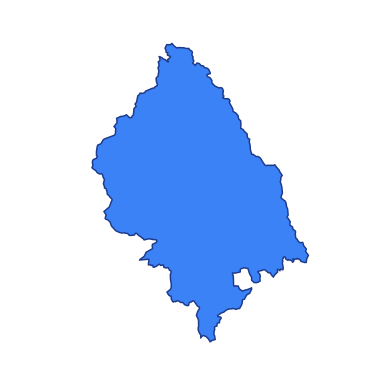 Hoai An, Bình Định, Vietnam (Mercator projection), rotated 161°
{"feature_id": "81297802B64656263356693", "entity_name": "Hoai An", "entity_type": "district", "adm_level": 2, "iso_a3": "VNM", "parent_name": "Vietnam", "parent_adm1": "Bình Định", "projection": "mercator", "projection_center": [108.89, 14.347], "detail": "fine", "context": "isolated", "style": "filled", "palette": "blue", "viewbox_px": 384, "rotation_deg": 161, "n_neighbors": 0, "source": "geoboundaries", "source_scale": "gbopen_adm2", "svg_char_len": 5998}
<svg xmlns="http://www.w3.org/2000/svg" viewBox="0 0 384 384"><g transform="rotate(161 192 192)"><path d="M101.3,178.4L102.3,181.8L102.5,184.3L104.2,188.5L104.8,190.7L108.0,191.0L108.4,191.6L109.5,191.6L110.7,192.4L112.9,192.7L114.3,193.6L115.5,197.9L116.1,201.2L116.9,202.8L118.1,204.1L120.0,204.7L121.7,207.5L123.2,208.1L123.1,212.7L121.9,217.0L121.6,220.4L121.3,221.4L120.3,223.1L121.4,224.2L121.7,225.2L121.7,226.6L121.0,228.7L121.3,229.7L122.4,231.5L123.5,234.6L125.2,236.4L123.3,241.2L123.2,242.4L122.8,243.4L124.1,245.8L123.6,249.4L124.8,252.3L126.9,254.8L126.4,257.5L127.6,264.6L127.4,265.0L126.5,265.5L126.5,267.0L127.4,268.4L130.1,269.3L131.6,270.4L132.1,271.1L130.7,272.2L130.7,273.1L131.3,274.4L130.0,276.0L129.4,277.6L129.5,280.1L130.6,281.2L132.9,281.8L135.8,284.7L137.7,288.7L136.9,290.9L137.5,293.5L138.1,294.6L139.5,295.7L140.0,297.0L140.0,297.7L139.1,298.1L136.2,298.0L136.0,298.9L136.3,302.5L137.4,304.1L139.9,305.8L140.1,307.2L140.5,307.7L142.2,308.5L143.2,310.8L143.8,311.5L145.4,312.3L147.6,310.7L149.3,313.4L149.1,314.0L147.8,315.0L147.6,315.6L147.9,318.3L147.0,319.2L147.5,321.7L146.3,323.6L146.2,324.6L146.3,325.2L148.1,327.4L148.2,328.7L150.7,329.6L153.1,331.2L154.4,331.5L155.3,332.1L157.0,332.6L157.8,333.0L159.5,333.1L161.2,335.6L162.6,338.9L163.1,339.0L164.3,338.2L167.9,339.5L170.4,337.1L170.7,336.4L170.5,334.7L170.9,332.5L170.6,332.0L169.6,331.5L170.5,329.8L170.5,329.1L168.6,327.6L168.3,326.9L169.1,326.2L171.8,325.2L172.3,324.4L171.9,323.3L172.0,322.9L172.6,323.1L174.2,325.8L176.1,327.4L176.6,328.6L178.4,330.4L178.9,330.6L179.1,327.7L179.7,326.8L181.6,325.9L181.6,323.9L182.1,322.1L183.6,320.7L184.1,316.7L185.6,314.4L185.7,313.5L186.3,312.8L188.6,311.5L189.1,310.9L189.8,307.3L189.7,304.9L190.2,304.0L192.5,303.5L194.3,302.6L195.5,303.0L203.1,302.5L204.1,301.6L205.0,301.3L206.7,301.4L208.9,302.4L209.9,301.4L212.0,300.5L215.2,295.0L217.2,293.7L217.0,291.0L219.6,289.9L222.3,284.1L222.7,283.7L223.7,283.4L224.9,282.2L226.1,282.3L227.0,282.9L228.8,286.3L232.4,286.0L235.1,286.7L239.2,286.2L240.0,282.9L240.5,281.8L244.4,279.3L243.7,277.5L243.5,276.5L244.6,274.3L244.8,273.3L246.1,271.3L247.3,270.9L256.5,270.7L258.3,270.5L259.4,269.9L262.3,267.3L265.9,267.0L267.2,265.2L269.2,261.3L270.4,257.7L270.0,256.1L271.6,255.0L274.4,254.8L275.4,254.4L276.0,253.6L276.7,251.9L277.0,249.3L278.6,247.7L278.3,246.6L276.0,243.5L275.4,241.4L274.8,240.5L273.6,239.2L271.4,238.5L271.0,237.7L271.2,234.6L270.7,232.4L273.1,228.6L273.0,225.4L273.4,224.3L272.4,223.4L272.2,222.8L272.2,220.3L272.8,217.4L271.7,215.6L271.0,213.2L270.1,211.5L270.1,210.5L271.4,209.2L275.0,204.8L281.6,202.2L280.8,198.8L280.9,197.9L282.2,196.2L282.7,195.0L282.2,194.2L280.7,193.2L279.2,190.1L279.2,186.0L276.7,180.2L274.0,177.6L271.7,176.0L269.7,175.7L268.8,174.9L266.7,173.9L266.1,173.3L265.5,171.6L264.1,170.9L260.9,170.1L260.1,170.3L259.3,171.2L258.4,171.3L257.3,170.0L256.6,168.2L255.1,166.5L254.0,164.5L253.2,163.8L253.0,162.6L252.8,162.3L247.8,161.8L246.2,160.7L245.2,160.6L244.5,159.8L241.7,158.6L241.1,158.0L241.0,157.5L241.4,156.7L242.6,155.8L246.4,155.4L247.2,154.0L247.5,152.1L248.1,151.2L255.0,150.0L257.7,147.1L258.5,146.6L263.1,145.2L263.5,144.7L254.8,142.5L254.8,141.6L256.2,139.1L256.9,137.4L255.2,136.8L254.5,135.8L253.0,135.5L253.2,133.9L252.9,133.4L252.5,133.2L249.8,133.4L246.9,134.4L246.3,134.3L245.6,132.8L242.9,132.4L243.1,129.9L241.4,128.7L239.3,128.2L239.0,127.9L238.7,125.4L237.7,124.2L237.8,123.0L239.5,120.7L240.8,116.3L241.5,112.1L242.4,109.3L243.4,107.6L244.4,106.8L248.2,105.5L248.1,104.2L247.4,101.8L246.7,100.9L245.7,100.3L246.4,97.5L246.0,94.9L245.5,94.1L244.2,94.3L243.2,93.6L241.8,94.1L240.3,93.4L238.6,91.2L236.6,90.5L236.3,90.1L235.9,88.4L235.2,87.4L233.1,85.9L232.1,86.0L230.8,88.1L230.4,88.3L228.7,88.3L226.7,88.7L226.0,88.5L225.5,87.9L224.0,82.4L222.6,80.8L222.6,80.1L223.5,78.7L224.8,77.9L225.9,76.6L228.0,74.0L227.5,68.9L229.5,62.8L230.4,61.5L231.0,59.6L231.0,57.2L230.3,53.4L231.3,51.3L231.2,51.2L230.2,52.0L229.2,52.4L227.8,52.6L225.8,50.7L225.2,49.7L224.4,47.9L223.6,44.5L221.3,45.1L218.1,45.0L217.4,48.9L217.7,50.7L216.7,52.1L216.4,53.4L215.4,54.3L214.8,56.8L213.9,57.2L212.1,57.2L211.3,59.0L210.4,59.8L208.6,59.5L207.7,61.6L206.0,62.7L205.4,63.6L205.6,64.3L208.2,66.0L207.8,66.9L204.2,68.0L201.0,68.1L197.7,69.3L194.8,69.3L192.1,68.5L191.3,68.7L188.6,66.7L186.5,66.8L185.4,66.4L184.8,66.5L181.9,69.1L180.4,71.1L179.8,73.0L179.4,73.5L177.3,73.6L174.7,76.1L173.2,77.0L170.4,77.5L167.2,80.8L167.0,81.9L170.8,81.7L173.9,82.0L176.2,81.8L177.9,83.6L178.7,84.9L179.0,88.1L180.3,88.3L181.0,89.1L182.9,89.2L183.0,90.3L180.3,99.2L180.4,101.5L180.0,102.1L177.6,101.3L172.7,100.7L172.4,100.8L171.6,103.1L170.6,103.4L168.8,103.5L167.2,103.3L164.0,101.4L164.2,96.2L163.5,92.0L163.5,91.3L164.2,89.9L164.3,89.0L162.8,86.2L160.7,85.3L158.7,85.2L156.5,85.7L156.1,87.8L154.7,90.6L154.7,92.2L155.6,94.7L155.6,95.3L155.3,95.5L151.8,95.1L149.5,95.2L148.5,94.8L146.4,91.3L145.5,90.4L144.3,90.0L143.8,87.4L142.8,85.2L139.9,87.2L137.3,88.4L137.0,88.9L136.8,90.5L136.4,90.8L135.6,90.7L134.5,89.1L133.4,90.2L132.8,90.0L132.0,89.1L131.3,89.0L130.9,89.5L130.3,91.3L129.7,95.5L128.7,96.8L128.5,98.6L127.4,99.6L126.8,100.5L126.1,100.7L125.1,100.3L125.2,98.6L125.0,97.7L123.5,96.2L122.5,96.5L121.8,95.8L120.9,95.5L120.0,94.2L119.8,93.0L118.9,93.0L118.2,93.7L118.4,95.7L118.0,95.7L117.3,94.8L116.3,95.0L114.8,94.5L114.1,94.9L113.9,94.3L113.1,94.2L112.2,92.9L111.7,92.6L111.7,91.3L111.5,90.9L108.5,88.7L107.0,88.2L105.2,91.6L102.7,94.0L102.8,95.3L104.0,98.7L104.0,99.0L102.7,100.4L102.5,101.0L103.9,104.9L103.7,108.2L106.4,109.0L107.4,110.4L108.2,113.7L108.9,114.5L108.1,118.5L107.2,120.3L107.0,121.2L107.3,122.1L108.6,123.6L108.4,126.3L110.1,128.7L109.9,130.0L108.8,131.8L109.7,135.6L110.3,136.9L110.2,137.4L108.6,138.9L107.2,144.4L107.3,148.0L106.8,149.9L106.7,152.0L106.9,153.1L108.4,155.2L109.7,157.5L109.5,158.1L108.3,159.9L107.1,161.2L106.6,162.4L105.4,167.8L105.2,170.6L105.3,172.9L104.4,174.0L103.4,176.6L101.3,178.4Z" fill="#3b82f6" stroke="#1e3a8a" stroke-width="1.5"/></g></svg>